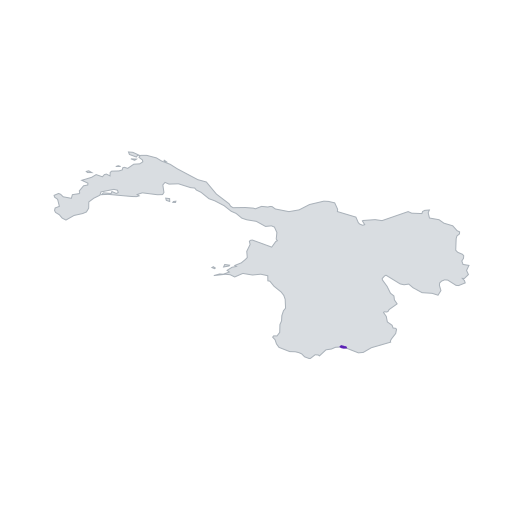 location of Wan Yai, Mukdahan, Thailand, rotated 104°
{"feature_id": "78962969B15109036384984", "entity_name": "Wan Yai", "entity_type": "district", "adm_level": 2, "iso_a3": "THA", "parent_name": "Thailand", "parent_adm1": "Mukdahan", "projection": "equal_earth", "projection_center": [104.712, 16.728], "detail": "fine", "context": "in_parent", "style": "filled", "palette": "violet", "viewbox_px": 512, "rotation_deg": 104, "n_neighbors": 0, "source": "geoboundaries", "source_scale": "gbopen_adm2", "svg_char_len": 4536}
<svg xmlns="http://www.w3.org/2000/svg" viewBox="0 0 512 512"><g transform="rotate(104 256 256)"><path d="M227.4,48.4L227.8,50.4L229.4,47.8L231.5,46.5L235.7,52.3L236.1,54.8L233.0,64.1L233.5,67.2L235.4,69.8L237.7,71.3L240.2,70.9L244.8,68.2L250.0,69.9L249.6,76.1L251.4,86.0L248.8,96.0L246.3,101.0L248.1,105.4L248.2,109.4L243.2,125.2L244.2,126.4L247.3,128.1L248.6,127.6L253.8,121.4L259.6,116.5L261.4,112.5L265.1,111.1L268.3,107.5L275.8,113.9L277.7,114.4L278.7,115.5L279.1,118.1L280.0,118.6L283.1,115.0L288.2,112.6L290.3,107.2L292.7,105.6L292.4,102.9L293.2,101.9L297.4,101.7L303.7,104.5L306.0,105.1L307.0,104.5L317.1,121.9L323.6,128.6L325.2,133.2L323.7,144.9L323.8,151.6L325.3,156.7L328.0,160.3L330.1,165.4L337.6,170.3L337.0,171.6L337.5,174.7L342.2,178.4L342.6,179.7L342.1,184.4L339.9,188.0L339.4,191.0L339.4,194.7L340.6,200.2L339.1,211.6L336.3,214.9L332.7,217.2L330.7,220.2L329.2,219.5L328.5,216.3L324.4,214.5L316.7,216.2L312.8,215.5L307.6,216.5L302.5,216.1L299.5,214.7L291.0,217.2L287.5,219.5L284.9,222.8L281.0,231.2L277.1,236.4L277.2,238.5L272.3,239.8L272.5,247.0L275.3,254.8L276.1,264.6L281.5,271.6L280.4,276.5L281.1,281.2L285.2,292.2L282.2,286.9L281.6,283.4L278.0,278.0L276.9,280.6L272.7,276.5L270.9,272.5L270.3,274.3L266.2,268.6L262.0,265.5L259.6,264.1L253.7,266.1L246.2,264.5L243.3,266.0L242.1,265.1L241.4,263.4L243.6,242.9L237.1,240.3L236.0,239.0L234.6,240.5L228.2,241.4L223.5,245.1L223.0,248.3L225.0,253.9L222.3,264.1L223.1,273.6L222.7,278.9L219.5,285.6L218.6,290.9L214.9,299.1L212.4,309.5L211.8,315.5L207.5,324.7L206.4,329.9L204.9,331.9L205.5,336.0L204.7,348.7L207.3,357.8L206.6,362.1L209.6,363.6L216.6,360.7L219.0,361.5L220.4,366.5L222.2,381.6L225.1,386.2L225.9,383.9L227.3,386.3L228.3,390.8L232.0,414.6L233.9,420.8L231.6,419.2L230.4,411.7L228.3,411.4L229.1,406.7L227.8,405.0L225.7,406.3L225.7,410.0L231.3,421.9L234.8,422.2L239.2,427.4L244.0,431.3L250.1,429.9L254.3,431.2L256.7,434.4L260.7,442.4L267.1,449.1L266.1,453.3L263.6,456.7L262.2,461.1L260.5,462.5L258.0,462.5L255.4,458.8L249.0,462.2L247.6,465.7L246.0,466.6L243.1,462.7L243.4,460.5L245.2,457.4L244.7,449.1L240.9,449.0L238.3,442.8L237.5,442.3L235.6,443.2L229.6,440.3L227.8,436.4L226.0,436.7L224.7,443.4L219.4,434.5L215.7,430.8L216.3,424.2L213.7,422.8L212.7,421.0L213.6,417.0L210.2,417.7L208.6,416.6L206.6,409.5L204.8,406.6L202.6,406.6L201.8,405.2L202.0,401.7L196.5,396.8L194.7,391.1L192.0,388.6L190.3,389.4L188.6,393.4L187.3,393.1L186.2,392.0L184.8,386.3L184.9,376.4L186.7,370.6L187.8,361.4L190.4,353.6L196.0,331.0L196.2,322.1L205.5,309.4L211.8,294.8L213.8,292.7L214.7,290.0L211.6,278.3L210.2,270.2L210.4,268.1L206.5,262.6L205.6,256.3L204.5,254.3L204.2,252.3L205.7,248.6L205.0,234.8L200.8,225.3L193.1,216.5L186.4,203.5L185.5,199.0L185.4,192.5L190.9,188.1L193.2,187.8L194.1,168.5L198.9,164.8L199.9,163.2L200.4,160.0L199.3,158.1L196.2,161.3L195.6,160.6L191.9,149.2L191.2,142.3L176.1,119.1L176.8,115.3L174.7,105.3L172.5,105.1L170.9,103.3L169.4,98.9L172.4,99.4L177.2,96.9L176.5,87.2L178.7,81.6L179.1,72.4L182.8,67.0L183.3,64.3L185.3,63.9L188.0,65.9L190.7,66.0L202.1,63.6L203.6,61.2L204.4,56.1L205.5,54.5L208.1,54.1L211.0,55.1L214.1,53.1L213.6,47.1L219.1,48.2L222.6,45.4L227.4,48.4ZM188.9,396.0L188.1,403.4L185.9,404.9L185.2,400.6L186.5,393.7L187.1,395.3L188.9,396.0ZM224.0,352.9L223.7,356.5L221.7,357.6L221.2,353.7L224.0,352.9ZM272.2,279.7L274.5,284.8L271.8,284.3L271.3,279.4L272.2,279.7ZM215.0,441.1L213.8,438.9L214.8,435.5L215.8,439.7L215.0,441.1ZM192.5,396.9L192.0,400.9L190.9,395.4L192.5,396.9ZM224.1,349.7L223.1,349.3L222.2,347.0L223.5,347.0L224.1,349.7ZM201.9,409.0L203.1,413.7L201.7,411.5L201.9,409.0ZM278.3,293.0L277.9,296.0L276.7,294.8L277.5,292.6L278.3,293.0ZM186.5,367.4L185.1,368.6L186.2,365.8L186.5,367.4Z" fill="#d9dde1" stroke="#a8b0b8" stroke-width="1"/><path d="M323.6,152.2L323.7,151.9L323.8,151.7L323.9,151.4L323.9,151.2L323.9,150.9L324.0,150.8L324.0,150.6L324.1,150.4L324.1,150.2L324.0,149.9L324.0,149.6L324.0,149.1L324.0,148.9L323.9,148.7L323.8,148.3L323.7,148.3L323.7,148.1L323.6,147.9L323.6,147.6L323.5,147.2L323.4,147.1L323.2,147.0L323.2,146.9L323.2,146.7L323.1,146.4L323.0,146.5L322.9,146.5L322.7,146.6L322.6,147.0L322.6,147.5L322.8,147.5L322.9,147.8L323.0,147.9L323.0,148.0L323.1,148.3L323.0,148.5L322.9,148.6L322.8,148.8L322.7,148.9L322.7,149.0L322.8,149.2L322.9,149.3L322.6,149.3L322.6,150.0L322.9,150.0L323.0,150.1L323.0,150.3L322.9,150.4L322.9,150.5L322.9,150.8L322.7,150.7L322.7,150.8L322.6,150.7L322.6,151.5L322.8,151.6L323.0,151.7L323.1,151.8L323.3,152.0L323.5,152.2L323.6,152.2Z" fill="#8b5cf6" stroke="#5b21b6" stroke-width="1.5"/></g></svg>